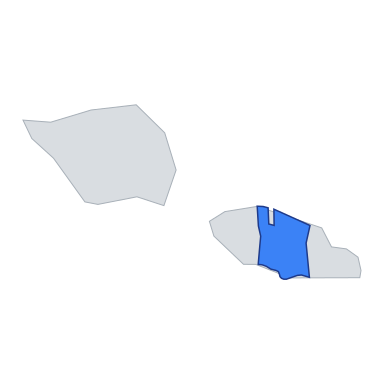 Tuamasaga on a map of Samoa (Natural Earth projection)
{"feature_id": "WSM-4984", "entity_name": "Tuamasaga", "entity_type": "state/province", "adm_level": 1, "iso_a3": "WSM", "parent_name": "Samoa", "parent_adm1": "", "projection": "natural_earth1", "projection_center": [-171.78, -13.929], "detail": "fine", "context": "in_parent", "style": "filled", "palette": "blue", "viewbox_px": 384, "rotation_deg": 0, "n_neighbors": 0, "source": "natural_earth", "source_scale": "10m", "svg_char_len": 824}
<svg xmlns="http://www.w3.org/2000/svg" viewBox="0 0 384 384"><path d="M136.2,104.8L164.7,132.8L176.1,170.0L163.9,205.6L136.9,196.8L97.9,204.4L84.9,201.9L53.5,158.2L31.8,138.5L23.0,120.1L50.7,122.2L91.1,110.0L136.2,104.8ZM359.8,277.7L290.1,277.9L255.7,264.4L243.5,264.3L213.9,236.1L209.4,221.3L224.9,211.6L257.1,206.4L321.7,227.9L331.5,246.9L346.4,248.9L358.0,257.2L361.0,270.5L359.8,277.7Z" fill="#d9dde1" stroke="#a8b0b8" stroke-width="1"/><path d="M273.9,209.2L310.0,225.5L306.1,243.1L309.4,277.3L301.4,275.0L297.3,275.4L286.4,279.2L283.8,279.2L281.5,278.3L280.0,276.7L279.4,274.2L278.4,271.6L275.9,270.4L270.8,269.1L266.3,266.3L262.2,264.8L258.2,264.4L259.7,247.1L260.7,236.2L258.4,226.0L257.2,206.2L263.1,206.5L268.1,207.8L268.8,224.0L274.1,225.4L273.9,209.2Z" fill="#3b82f6" stroke="#1e3a8a" stroke-width="1.5"/></svg>